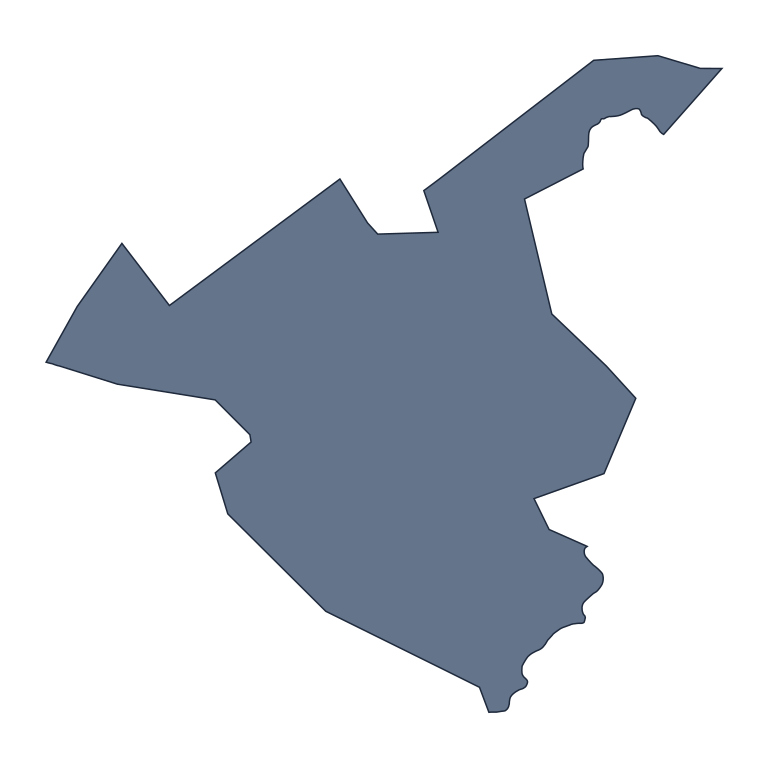 outline of Trinidad, Santa Bárbara, Honduras
{"feature_id": "27666195B30534967485029", "entity_name": "Trinidad", "entity_type": "district", "adm_level": 2, "iso_a3": "HND", "parent_name": "Honduras", "parent_adm1": "Santa Bárbara", "projection": "mercator", "projection_center": [-88.214, 15.162], "detail": "fine", "context": "isolated", "style": "filled", "palette": "slate", "viewbox_px": 768, "rotation_deg": 0, "n_neighbors": 0, "source": "geoboundaries", "source_scale": "gbopen_adm2", "svg_char_len": 6006}
<svg xmlns="http://www.w3.org/2000/svg" viewBox="0 0 768 768"><path d="M721.9,68.5L700.3,68.4L657.9,55.7L593.7,60.3L439.1,179.2L423.8,190.6L438.1,232.3L377.7,234.1L367.6,223.0L339.9,179.0L169.4,305.5L121.9,243.4L77.2,306.5L46.1,362.2L47.2,362.5L48.4,362.9L49.5,363.1L50.5,363.4L51.7,363.6L52.1,363.7L52.7,363.9L54.2,364.5L57.2,365.5L57.6,365.6L59.1,365.9L117.5,384.2L215.2,399.9L249.9,434.7L251.1,442.0L215.3,472.9L227.8,513.9L325.8,611.3L438.8,667.1L479.5,687.3L488.9,712.3L490.1,712.2L491.1,712.1L492.2,712.1L493.4,712.1L495.5,712.1L496.0,712.1L496.5,712.1L497.2,712.0L498.5,711.8L500.3,711.5L501.5,711.3L504.2,711.0L504.5,710.9L505.0,710.8L505.4,710.6L505.9,710.2L506.4,709.8L506.9,709.3L507.4,708.8L507.8,708.2L508.1,707.6L508.4,707.0L508.6,706.6L508.7,706.2L509.0,704.9L509.2,704.3L509.3,703.6L509.3,703.2L509.4,701.6L509.6,700.4L509.7,699.7L509.9,698.7L510.2,697.8L510.3,697.5L510.5,697.1L510.7,696.7L510.9,696.4L511.3,695.9L511.6,695.4L512.0,695.0L512.4,694.5L513.1,693.9L513.6,693.5L514.5,692.7L515.1,692.3L515.7,691.8L516.3,691.5L517.8,690.6L519.0,689.9L519.5,689.7L520.0,689.5L520.3,689.4L521.6,689.0L522.0,688.9L522.5,688.7L522.9,688.5L523.4,688.3L523.8,688.0L524.2,687.7L524.6,687.5L525.1,687.1L525.5,686.7L525.9,686.3L526.1,685.9L526.3,685.6L526.6,685.0L526.9,684.4L527.0,684.1L527.2,683.5L527.4,682.9L527.5,682.5L527.5,682.0L527.5,681.7L527.5,681.4L527.4,681.2L527.3,680.8L527.1,680.4L526.8,679.9L526.4,679.5L525.9,678.9L525.5,678.5L524.3,677.4L523.8,676.9L523.5,676.5L523.1,675.9L522.8,675.5L522.6,675.0L522.4,674.6L522.2,674.1L522.1,673.7L522.0,673.2L522.0,672.9L521.9,672.0L521.9,671.1L521.8,670.2L521.9,669.1L521.9,668.5L522.0,667.4L522.1,666.3L522.2,666.0L522.3,665.7L522.6,665.1L522.9,664.6L523.6,663.2L524.4,661.9L525.1,660.7L526.3,658.8L526.8,658.1L527.1,657.6L527.5,657.1L527.9,656.6L528.3,656.2L528.9,655.7L529.5,655.1L530.2,654.6L530.8,654.1L531.7,653.5L532.5,653.0L534.0,652.2L534.9,651.7L535.9,651.2L536.5,650.9L537.5,650.5L538.5,650.1L539.1,649.8L539.7,649.5L540.7,648.9L541.2,648.6L541.7,648.2L542.2,647.8L542.8,647.2L543.4,646.6L544.2,645.5L545.3,644.2L545.7,643.5L546.1,642.9L546.5,642.2L547.3,640.8L547.6,640.4L547.8,640.0L548.5,639.3L550.0,637.7L550.4,637.2L551.0,636.6L552.4,635.0L553.0,634.2L553.9,633.4L554.3,633.1L554.9,632.6L558.1,630.3L559.8,629.1L560.6,628.6L561.1,628.3L561.6,628.1L563.1,627.4L564.3,627.0L565.7,626.5L568.4,625.5L569.6,625.1L571.0,624.5L571.4,624.3L572.0,624.2L572.7,624.0L573.8,623.8L575.0,623.7L576.3,623.5L578.4,623.3L578.9,623.3L579.5,623.3L580.4,623.3L581.1,623.3L581.6,623.3L582.1,623.2L582.7,623.1L583.1,622.9L583.6,622.7L583.9,622.5L584.1,622.2L584.5,621.1L584.8,620.0L585.1,618.6L585.3,617.9L585.3,617.6L585.2,617.2L585.1,616.7L585.0,616.3L584.8,615.9L584.7,615.7L584.3,615.3L583.9,614.9L583.7,614.6L583.5,614.4L583.4,614.1L583.1,613.7L582.9,613.0L582.7,612.4L582.4,611.4L582.2,610.4L582.1,609.7L582.1,608.7L582.0,607.7L582.1,606.9L582.2,606.1L582.4,605.4L582.6,604.6L582.8,604.1L583.0,603.8L583.2,603.3L583.5,602.9L583.9,602.3L584.1,602.0L585.0,601.1L586.2,599.9L587.5,598.7L588.9,597.4L591.7,594.9L593.2,593.6L593.6,593.3L594.2,593.0L594.6,592.7L595.5,592.2L596.0,591.9L596.5,591.5L597.0,591.1L597.4,590.7L597.9,590.2L598.3,589.7L599.2,588.6L600.2,587.3L600.5,586.8L601.2,585.8L601.5,585.2L601.9,584.6L602.1,584.2L602.3,583.7L602.4,583.3L602.6,582.7L602.8,582.1L602.9,581.6L603.0,581.0L603.1,580.3L603.2,579.3L603.2,578.3L603.2,577.6L603.2,577.2L603.1,576.8L603.0,576.2L602.9,575.5L602.8,575.0L602.6,574.4L602.5,574.1L602.4,573.9L602.3,573.6L601.8,573.0L601.6,572.6L601.1,572.1L600.4,571.3L599.1,570.0L598.1,569.0L597.5,568.5L596.6,567.7L596.0,567.2L595.3,566.6L594.1,565.7L593.5,565.3L592.8,564.6L592.1,563.9L591.0,562.8L589.2,560.8L588.5,560.1L586.8,558.0L586.2,557.4L585.7,556.7L585.2,555.9L585.0,555.4L584.7,554.7L584.5,554.1L584.4,553.6L584.3,552.8L584.2,552.0L584.2,551.1L584.3,550.2L584.5,549.5L584.6,549.0L584.7,548.7L584.9,548.3L585.2,548.0L585.6,547.6L586.0,547.2L586.8,546.7L587.2,546.4L549.1,529.5L534.0,498.6L604.0,473.6L635.8,398.3L606.3,366.0L551.8,314.0L524.5,199.0L583.2,168.9L583.0,168.2L582.9,167.5L582.8,166.8L582.8,166.2L582.7,165.2L582.7,164.1L582.7,163.0L582.8,162.2L582.8,161.0L582.9,160.3L583.0,159.2L583.1,157.9L583.4,156.1L583.6,155.1L583.8,153.8L584.0,153.4L584.1,153.1L584.5,152.5L586.0,150.0L587.8,147.0L588.0,146.7L588.1,146.1L588.2,145.6L588.3,145.1L588.3,144.5L588.5,141.3L588.6,136.6L588.6,136.0L588.8,133.6L588.9,132.8L589.1,132.1L589.3,131.4L589.5,130.8L589.7,130.2L589.9,129.8L590.3,129.2L590.6,128.7L590.9,128.2L591.3,127.8L591.7,127.3L592.0,127.1L592.3,126.9L592.9,126.4L593.4,126.1L594.1,125.7L594.9,125.3L595.4,125.0L596.8,124.4L597.5,124.1L597.9,123.8L598.5,123.3L599.0,122.9L599.2,122.7L599.6,122.2L599.8,121.9L600.0,121.7L600.2,121.3L600.3,120.8L600.5,120.4L600.6,120.2L600.7,119.9L601.0,119.6L601.1,119.3L601.3,119.1L601.6,118.9L601.8,118.8L602.0,118.7L602.3,118.7L602.6,118.7L603.0,118.8L603.5,118.8L603.8,118.8L604.0,118.7L604.4,118.6L604.8,118.4L605.2,118.1L605.7,117.8L606.1,117.6L606.4,117.5L606.8,117.3L607.7,117.0L608.7,116.7L608.9,116.6L609.5,116.5L610.5,116.6L611.7,116.5L613.2,116.4L614.6,116.3L616.0,116.1L617.3,115.9L618.3,115.7L619.3,115.4L619.9,115.3L620.7,115.0L621.4,114.7L622.0,114.5L623.3,113.9L625.7,112.8L631.7,109.7L632.4,109.4L632.8,109.2L633.5,109.0L634.2,108.9L635.0,108.7L635.7,108.6L636.5,108.6L637.2,108.6L638.0,108.7L638.4,108.8L638.8,108.9L639.1,109.1L639.3,109.3L639.6,109.6L640.2,110.6L640.5,111.2L640.7,111.6L640.8,112.0L641.0,112.4L641.1,112.8L641.3,113.7L641.4,114.2L641.6,114.5L641.8,114.9L642.1,115.2L642.3,115.4L642.5,115.6L642.8,115.9L643.3,116.2L643.9,116.6L644.6,117.0L645.0,117.2L645.5,117.5L646.3,117.8L647.2,118.0L647.4,118.1L647.7,118.3L648.5,118.9L649.0,119.3L649.9,120.1L650.9,120.9L653.0,122.9L654.0,123.8L654.6,124.4L655.5,125.4L656.0,125.9L656.5,126.5L657.6,128.0L658.7,129.6L659.8,131.3L660.1,131.7L661.4,132.9L661.6,133.1L662.0,133.4L662.5,133.8L663.0,134.0L663.7,134.4L721.9,68.5Z" fill="#64748b" stroke="#1e293b" stroke-width="1.5"/></svg>